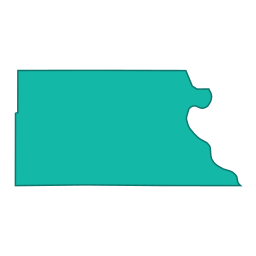 outline of Atchison, Kansas, United States of America
{"feature_id": "52423323B34368338565604", "entity_name": "Atchison", "entity_type": "district", "adm_level": 2, "iso_a3": "USA", "parent_name": "United States of America", "parent_adm1": "Kansas", "projection": "equal_earth", "projection_center": [-95.118, 39.536], "detail": "fine", "context": "isolated", "style": "filled", "palette": "teal", "viewbox_px": 256, "rotation_deg": 0, "n_neighbors": 0, "source": "geoboundaries", "source_scale": "gbopen_adm2", "svg_char_len": 833}
<svg xmlns="http://www.w3.org/2000/svg" viewBox="0 0 256 256"><path d="M15.4,185.6L84.7,184.9L161.2,185.5L240.6,185.6L239.1,184.3L237.7,181.8L236.9,177.1L235.7,175.0L232.6,172.2L230.5,171.2L223.0,168.9L218.3,166.2L216.5,165.0L214.9,163.6L213.7,162.3L211.8,159.3L211.3,158.0L210.8,155.3L210.3,148.5L210.0,146.9L209.4,145.7L207.8,143.7L206.7,142.7L200.0,139.0L198.0,137.5L194.2,133.8L190.4,129.3L189.0,127.2L188.0,124.9L186.4,119.2L186.6,116.6L188.7,109.4L189.1,108.7L190.3,107.4L191.9,106.5L193.1,106.0L195.4,105.8L200.2,107.9L201.9,108.2L203.0,108.2L204.8,107.7L206.7,106.8L207.6,106.0L208.4,105.1L210.5,101.6L211.3,98.9L211.6,96.7L211.5,95.7L211.0,93.4L209.1,89.6L208.9,89.0L197.0,89.1L192.3,86.2L185.8,70.6L101.9,70.4L80.7,70.4L17.9,70.5L17.8,112.6L15.5,113.3L15.4,185.6Z" fill="#14b8a6" stroke="#0f766e" stroke-width="1.5"/></svg>